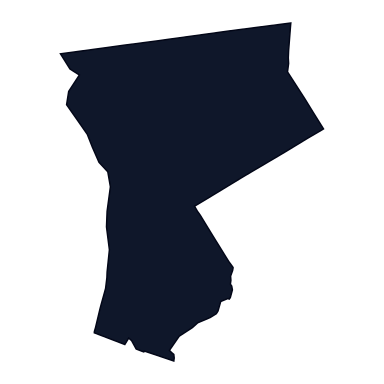 the district of Westchester, New York, United States of America
{"feature_id": "52423323B83071826775288", "entity_name": "Westchester", "entity_type": "district", "adm_level": 2, "iso_a3": "USA", "parent_name": "United States of America", "parent_adm1": "New York", "projection": "equal_earth", "projection_center": [-73.743, 41.122], "detail": "fine", "context": "isolated", "style": "filled", "palette": "ink", "viewbox_px": 384, "rotation_deg": 0, "n_neighbors": 0, "source": "geoboundaries", "source_scale": "gbopen_adm2", "svg_char_len": 1193}
<svg xmlns="http://www.w3.org/2000/svg" viewBox="0 0 384 384"><path d="M60.5,53.8L70.0,69.0L79.4,75.0L68.7,91.4L66.6,104.7L78.6,121.8L87.3,134.3L92.4,147.2L99.0,162.3L107.8,171.8L110.4,186.8L107.1,211.3L106.5,226.9L109.4,249.8L107.1,272.1L106.9,277.7L105.6,288.4L104.3,293.2L101.1,304.7L99.9,309.3L95.5,327.7L94.4,331.4L94.3,332.8L115.2,340.8L124.8,344.5L128.7,338.1L131.6,340.6L136.2,349.0L142.1,351.3L143.8,351.9L144.2,351.0L165.0,358.0L173.8,361.0L174.2,358.0L173.8,354.4L172.0,352.9L169.4,350.4L179.2,336.2L192.4,327.6L197.7,322.8L210.2,317.5L216.3,313.7L218.0,311.0L220.7,301.5L227.9,298.5L229.2,299.1L230.3,297.6L232.4,289.9L231.7,286.0L231.5,285.8L230.4,284.1L230.9,280.3L230.6,276.1L232.6,270.5L233.1,267.7L232.7,267.0L232.7,266.9L228.8,261.6L224.7,255.0L219.7,246.9L215.9,240.8L212.2,234.8L205.9,224.5L200.3,215.3L197.3,211.1L194.5,206.2L211.3,196.1L240.9,178.1L244.9,175.7L254.2,170.2L280.3,154.8L285.7,151.6L306.7,138.8L309.4,137.2L316.6,133.0L322.4,129.6L323.5,128.9L313.0,112.1L304.7,98.6L287.5,71.9L288.6,63.5L288.3,57.8L288.6,50.6L290.5,26.4L290.8,23.0L230.2,30.8L167.0,39.5L157.9,40.8L123.9,45.2L107.4,47.5L60.5,53.8Z" fill="#0f172a" stroke="#020617" stroke-width="1.5"/></svg>